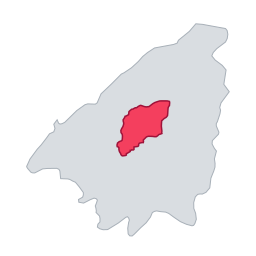 Bosnia and Herzegovina, with Central Bosnia highlighted, rotated 93°
{"feature_id": "BIH-2226", "entity_name": "Central Bosnia", "entity_type": "Canton", "adm_level": 1, "iso_a3": "BIH", "parent_name": "Bosnia and Herzegovina", "parent_adm1": "", "projection": "equal_earth", "projection_center": [17.688, 44.116], "detail": "fine", "context": "in_parent", "style": "filled", "palette": "rose", "viewbox_px": 256, "rotation_deg": 93, "n_neighbors": 0, "source": "natural_earth", "source_scale": "10m", "svg_char_len": 3217}
<svg xmlns="http://www.w3.org/2000/svg" viewBox="0 0 256 256"><g transform="rotate(93 128 128)"><path d="M221.8,57.4L222.3,59.0L221.1,64.6L218.8,70.7L215.0,77.0L211.1,83.0L210.0,86.1L209.8,91.2L209.3,95.1L209.9,97.3L211.2,99.3L215.7,100.9L221.7,104.9L226.9,110.1L233.5,116.0L235.6,118.2L235.6,120.6L233.7,122.3L228.1,123.0L222.2,122.4L220.0,121.8L217.9,122.6L216.6,123.9L217.3,125.5L223.4,132.7L230.5,143.0L230.9,147.5L230.1,151.0L228.5,153.4L225.6,153.0L223.3,151.1L220.0,151.2L217.4,151.8L214.0,155.5L212.4,155.3L209.5,155.9L207.6,156.6L204.7,155.6L201.6,154.8L200.3,156.0L199.8,158.2L201.7,162.2L205.3,168.4L204.7,173.2L202.0,173.7L199.5,169.7L197.3,169.1L194.8,169.2L189.1,173.8L184.9,177.7L183.9,180.4L182.4,183.4L182.0,185.5L182.1,192.6L174.5,193.8L172.9,194.8L172.0,197.0L172.6,206.2L173.3,211.1L177.7,218.7L177.8,221.1L177.2,222.7L174.1,225.7L172.7,226.8L171.7,227.2L166.6,225.2L164.2,224.3L153.9,217.5L149.4,213.8L142.3,208.9L137.9,206.1L135.7,201.9L132.2,200.9L128.1,202.3L123.5,199.2L126.8,197.6L127.6,196.2L127.2,194.2L125.7,191.5L113.2,180.0L107.0,172.2L106.0,169.4L105.9,161.9L104.5,160.1L95.3,156.7L85.1,147.0L74.5,137.5L73.1,134.9L67.7,127.7L61.1,121.2L55.8,117.0L51.5,112.3L46.7,105.7L44.3,95.7L42.2,86.9L40.7,83.4L37.7,82.2L28.3,71.8L20.4,65.7L20.6,59.1L22.0,48.2L23.6,35.8L25.5,34.1L29.2,33.2L33.4,33.6L37.0,35.1L44.1,43.5L48.1,46.8L51.6,48.1L55.6,44.5L60.6,37.1L64.9,33.1L79.4,34.6L86.5,28.8L98.0,36.4L102.7,37.5L105.4,36.5L109.0,36.9L117.1,39.1L119.0,40.1L121.4,39.9L127.4,37.0L129.4,37.3L136.2,43.1L139.6,43.2L143.8,40.7L146.4,38.5L154.3,40.1L158.8,39.2L162.5,39.1L166.5,40.1L170.2,41.4L173.8,42.6L183.5,43.2L188.2,46.8L190.1,50.4L190.1,52.6L190.6,54.9L193.3,57.2L199.1,58.5L202.8,58.2L204.8,58.1L209.7,56.0L215.6,55.0L219.8,56.2L221.8,57.4Z" fill="#d9dde1" stroke="#a8b0b8" stroke-width="1"/><path d="M104.7,116.4L105.2,114.7L105.7,113.0L106.0,110.9L105.5,108.1L102.5,104.6L101.2,102.6L100.2,100.2L99.3,97.7L99.1,94.5L98.9,90.1L99.3,88.0L100.6,87.7L103.5,87.8L104.2,88.4L105.7,89.0L108.9,89.1L111.6,89.1L113.6,89.2L115.3,90.4L116.8,92.6L117.9,93.6L118.9,94.7L120.9,94.8L124.4,94.8L129.3,94.0L131.7,94.1L131.8,94.0L132.3,95.1L132.9,96.8L134.0,97.8L135.1,99.1L135.3,100.5L135.1,103.5L135.2,107.3L135.9,109.1L137.8,110.8L139.2,112.1L140.8,111.8L141.8,112.0L141.8,113.1L142.2,114.7L142.6,115.9L143.7,116.5L144.6,116.5L145.2,116.5L145.9,117.2L146.2,118.8L146.6,121.0L147.5,121.0L149.1,120.9L149.6,121.4L149.7,122.4L149.6,123.1L150.2,123.9L150.2,124.6L150.9,124.6L151.4,124.6L151.8,125.2L153.2,127.3L153.7,128.3L154.3,128.3L155.0,128.2L155.5,128.7L156.0,131.0L156.1,132.2L155.8,132.9L155.0,133.6L153.8,134.1L152.1,135.3L150.3,135.9L148.1,136.1L147.4,136.9L147.2,137.8L145.6,138.1L143.8,137.7L143.6,137.7L142.1,136.1L141.8,135.4L141.2,134.0L141.0,133.7L140.6,133.3L138.9,133.1L136.2,133.1L134.5,133.5L133.5,134.3L133.0,134.7L130.9,135.0L129.0,134.3L126.7,133.1L124.1,132.5L122.7,132.7L121.6,133.1L120.1,133.3L118.6,132.4L117.4,131.8L116.4,131.5L116.1,130.4L114.6,128.1L113.0,128.0L111.6,127.9L110.6,127.0L109.7,126.0L109.1,125.4L108.8,123.9L108.3,123.3L108.1,123.0L107.4,121.8L107.4,120.9L107.0,120.1L106.0,119.0L105.0,117.4L104.7,116.4Z" fill="#f43f5e" stroke="#9f1239" stroke-width="1.5"/></g></svg>